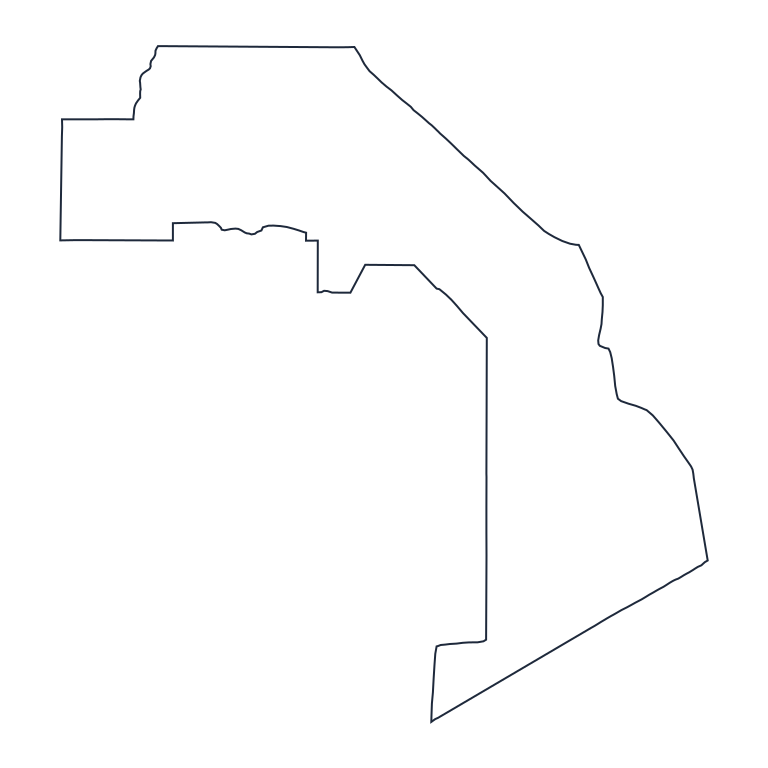 Borei Cholsar, Takêv, Cambodia (Albers equal-area conic projection)
{"feature_id": "14789045B63484458501082", "entity_name": "Borei Cholsar", "entity_type": "district", "adm_level": 2, "iso_a3": "KHM", "parent_name": "Cambodia", "parent_adm1": "Takêv", "projection": "albers", "projection_center": [104.993, 10.787], "detail": "fine", "context": "isolated", "style": "outline", "palette": "slate", "viewbox_px": 768, "rotation_deg": 0, "n_neighbors": 0, "source": "geoboundaries", "source_scale": "gbopen_adm2", "svg_char_len": 3070}
<svg xmlns="http://www.w3.org/2000/svg" viewBox="0 0 768 768"><path d="M354.4,47.0L347.7,47.2L338.6,47.3L158.0,46.1L156.6,48.3L155.5,50.7L155.4,53.5L155.1,55.1L153.9,57.5L151.1,60.9L150.4,64.1L150.7,66.2L150.0,68.3L148.8,69.5L146.5,70.9L144.4,72.4L142.8,73.6L141.5,75.2L140.5,77.3L139.8,80.9L140.1,82.7L140.4,87.2L140.7,89.4L140.2,91.1L140.1,93.7L140.2,97.8L138.0,100.5L136.0,103.4L135.0,105.7L134.4,107.7L134.1,109.8L133.9,113.2L133.5,116.3L133.4,119.3L126.0,119.3L116.0,119.2L106.6,119.2L98.1,119.3L62.0,119.3L62.2,127.1L61.9,136.3L60.3,240.4L76.6,240.1L172.9,240.5L172.9,223.2L205.5,222.4L207.6,222.4L211.0,222.2L215.3,222.9L217.2,224.1L219.3,226.1L220.9,227.8L221.7,229.7L224.7,230.3L228.2,229.6L230.9,229.0L235.4,228.6L238.3,228.9L241.1,230.2L244.8,232.5L246.7,233.3L249.2,233.6L251.4,234.4L254.9,233.8L257.2,232.0L261.4,230.5L262.9,227.3L268.5,225.7L273.6,225.6L280.6,226.1L286.8,227.0L293.6,228.8L299.1,230.5L303.4,232.0L306.1,232.7L306.0,240.7L317.8,240.6L317.7,292.3L321.4,292.2L324.1,290.8L327.6,291.1L329.4,291.7L332.1,292.6L350.4,292.7L365.2,264.8L414.3,265.2L436.6,288.6L439.4,289.2L446.0,294.6L451.5,299.9L456.9,305.9L463.0,313.1L486.8,337.9L486.6,410.8L486.4,473.8L486.5,476.9L486.4,507.7L486.4,531.6L486.5,555.6L486.1,639.7L483.5,641.3L477.7,642.3L469.0,642.4L462.8,642.8L456.6,643.6L449.9,644.0L445.1,644.6L440.7,645.0L438.1,646.0L436.6,646.4L435.3,653.7L434.5,664.7L433.6,679.3L432.9,692.5L431.9,703.5L431.5,715.0L431.3,721.9L435.2,719.1L437.9,717.9L590.7,628.1L594.6,625.9L597.7,624.0L601.2,621.8L605.1,619.5L606.4,618.7L611.4,615.8L613.1,614.9L616.1,613.2L621.4,610.1L627.0,607.3L631.2,605.0L633.7,603.6L635.3,602.7L637.8,601.4L641.6,599.4L645.6,597.0L649.3,594.7L653.6,592.3L656.3,590.7L659.5,588.9L663.5,586.8L666.5,584.9L669.7,582.8L672.4,581.2L673.7,580.5L675.6,579.6L678.3,578.6L681.5,576.7L683.7,575.3L686.9,573.5L689.2,572.3L693.1,569.9L694.9,568.7L697.8,566.9L701.4,565.3L702.9,563.9L704.9,562.1L707.7,560.5L693.8,478.1L693.6,476.2L693.3,473.7L692.6,469.7L691.1,466.5L688.5,462.7L684.0,456.3L678.8,448.5L673.5,440.4L666.4,431.5L658.8,422.3L652.8,415.4L646.6,410.1L644.7,409.4L641.3,407.9L635.8,405.8L628.5,403.7L621.1,401.1L617.9,398.7L616.7,394.1L615.2,386.0L614.2,375.8L613.1,367.3L611.7,358.2L610.2,352.1L608.5,348.6L605.1,348.0L599.8,345.8L598.5,344.0L598.2,340.4L599.1,335.1L600.6,328.8L601.5,324.1L601.8,319.3L602.5,312.0L602.8,305.2L602.8,297.0L600.7,293.2L598.5,288.4L596.1,283.0L593.2,276.6L589.1,267.8L585.8,259.5L580.9,249.3L578.8,244.9L576.0,244.8L570.0,243.7L562.3,241.0L554.5,237.2L548.9,234.0L544.1,230.9L538.5,225.5L529.5,217.6L522.6,211.6L513.7,203.0L504.5,193.4L496.4,186.1L490.6,180.9L483.2,172.9L474.6,165.4L468.3,159.5L463.8,155.9L457.0,149.3L451.1,143.5L445.9,138.6L440.0,133.4L438.4,131.7L436.9,130.3L435.0,128.4L431.6,125.2L429.0,123.2L425.7,120.2L422.0,116.9L417.6,113.3L413.6,110.2L410.8,106.8L405.9,102.9L402.3,100.1L397.2,95.6L391.5,90.4L386.4,86.5L381.6,82.4L377.3,78.2L373.6,74.7L369.6,71.2L367.2,68.0L364.5,64.3L362.5,60.7L359.8,55.2L356.9,50.8L354.4,47.0Z" fill="none" stroke="#1e293b" stroke-width="2"/></svg>